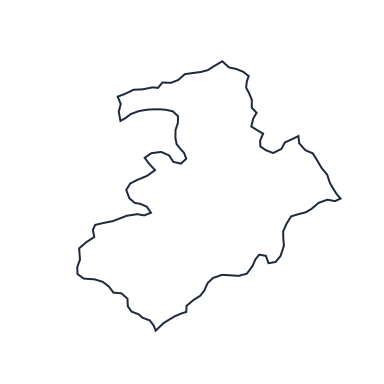 Ijaci, Minas Gerais, Brazil, rotated 249°
{"feature_id": "56859067B18421767150420", "entity_name": "Ijaci", "entity_type": "district", "adm_level": 2, "iso_a3": "BRA", "parent_name": "Brazil", "parent_adm1": "Minas Gerais", "projection": "robinson", "projection_center": [-44.927, -21.175], "detail": "fine", "context": "isolated", "style": "outline", "palette": "slate", "viewbox_px": 384, "rotation_deg": 249, "n_neighbors": 0, "source": "geoboundaries", "source_scale": "gbopen_adm2", "svg_char_len": 1845}
<svg xmlns="http://www.w3.org/2000/svg" viewBox="0 0 384 384"><g transform="rotate(249 192 192)"><path d="M156.4,55.7L149.9,60.0L145.4,69.7L140.1,76.5L133.6,80.5L126.2,82.6L122.7,89.8L115.5,93.5L108.2,91.1L102.0,92.7L97.0,98.3L92.2,100.9L87.2,106.6L80.9,108.4L75.6,108.4L79.9,118.7L82.1,131.2L82.4,137.5L82.1,143.6L87.7,146.2L90.6,154.6L92.2,162.6L95.6,168.2L101.4,174.0L104.2,180.8L103.9,190.3L100.3,198.4L97.0,205.4L96.1,213.9L101.2,222.0L106.5,227.2L109.4,232.3L105.9,238.1L98.1,237.9L96.7,245.0L100.6,251.8L109.0,258.6L116.9,260.9L122.7,263.1L128.6,269.0L133.7,275.8L133.2,283.2L132.3,291.0L133.4,297.5L136.5,306.3L136.3,315.7L132.3,322.1L132.6,328.3L138.2,326.3L145.6,324.8L151.1,324.0L159.8,324.4L167.6,321.7L176.4,320.2L184.8,318.6L190.4,312.8L199.1,309.5L206.1,311.4L205.4,303.7L205.0,296.5L200.2,291.0L199.3,281.7L204.7,275.8L210.0,272.2L215.4,273.9L221.0,279.3L225.7,275.5L231.9,270.8L238.6,275.5L242.8,280.7L249.3,278.0L256.6,280.9L263.9,280.7L270.0,279.9L275.6,282.8L279.9,286.5L286.0,282.8L291.0,277.4L295.0,271.2L303.2,267.1L301.5,257.1L300.1,250.5L300.9,243.1L302.8,235.4L304.6,227.5L301.5,219.3L301.5,211.4L304.8,203.6L301.4,197.6L303.9,192.4L305.5,182.8L308.4,174.1L307.6,164.0L307.7,156.8L299.6,157.0L293.3,152.4L284.0,150.7L284.9,156.6L286.7,162.8L286.6,171.5L284.7,180.6L282.7,186.4L280.6,191.9L278.1,197.1L274.3,202.9L267.9,206.1L261.6,203.6L255.7,198.8L248.5,195.9L242.1,194.8L236.2,196.7L231.4,198.6L225.2,198.6L222.4,191.9L226.8,185.4L234.4,183.7L240.5,177.5L242.8,167.9L240.9,160.1L233.9,162.0L225.7,165.3L223.2,156.0L222.9,145.0L222.1,137.4L217.4,131.3L208.6,131.3L202.5,134.5L199.3,139.7L194.3,144.6L187.3,146.2L187.3,139.0L190.9,133.0L193.2,122.5L193.2,107.6L194.8,98.3L196.0,89.8L192.1,85.9L185.0,84.6L183.1,75.5L179.8,66.4L169.0,63.2L163.1,58.0L156.4,55.7Z" fill="none" stroke="#1e293b" stroke-width="2"/></g></svg>